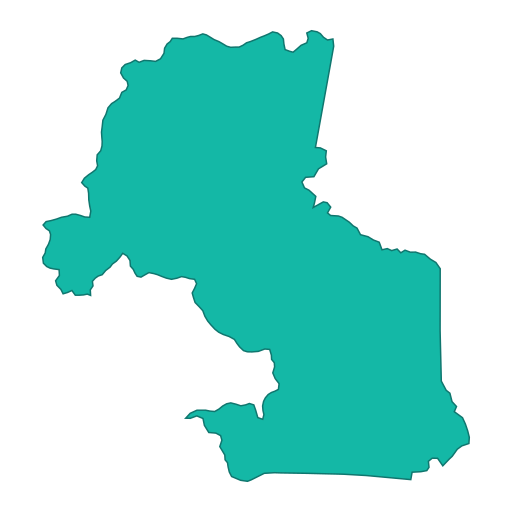 the district of Mantena, Minas Gerais, Brazil
{"feature_id": "56859067B95607372765312", "entity_name": "Mantena", "entity_type": "district", "adm_level": 2, "iso_a3": "BRA", "parent_name": "Brazil", "parent_adm1": "Minas Gerais", "projection": "robinson", "projection_center": [-41.115, -18.682], "detail": "fine", "context": "isolated", "style": "filled", "palette": "teal", "viewbox_px": 512, "rotation_deg": 0, "n_neighbors": 0, "source": "geoboundaries", "source_scale": "gbopen_adm2", "svg_char_len": 3720}
<svg xmlns="http://www.w3.org/2000/svg" viewBox="0 0 512 512"><path d="M119.9,257.2L122.7,253.3L127.0,255.9L130.0,260.5L130.4,266.1L133.3,269.4L135.0,273.1L137.1,276.3L141.0,277.1L144.8,274.9L148.9,272.6L153.9,273.6L157.6,274.7L161.7,276.4L166.3,278.1L171.5,279.3L176.9,278.2L181.5,276.6L185.5,277.3L189.5,278.6L194.6,279.3L196.6,283.7L194.6,288.3L192.2,293.0L193.5,297.6L195.1,302.5L198.9,306.4L202.8,310.7L204.9,316.3L207.7,321.0L211.0,325.0L214.9,329.2L218.7,332.2L223.3,334.5L229.1,336.5L234.4,339.4L237.0,343.5L239.6,346.9L243.5,350.6L247.3,351.8L251.9,351.9L258.3,351.4L264.8,349.0L269.7,349.4L271.4,355.2L271.6,359.4L274.3,362.7L274.6,366.9L272.8,372.9L275.2,378.6L279.1,383.7L278.4,389.4L274.9,391.2L271.4,392.5L268.2,394.5L265.4,397.8L263.6,401.3L262.6,406.0L263.0,410.6L263.9,414.6L262.7,419.3L257.8,417.6L255.6,410.0L253.8,404.9L249.4,403.5L245.6,404.9L240.8,405.8L236.0,404.2L230.8,402.9L226.6,403.8L222.7,406.0L218.9,409.1L214.7,411.5L210.0,411.1L205.6,410.2L202.0,410.2L197.0,410.2L190.2,413.3L185.7,418.2L190.3,418.3L196.8,415.9L203.0,418.5L204.4,425.4L208.8,432.5L215.8,433.1L220.6,435.6L221.9,440.2L219.8,446.6L224.8,455.0L225.1,459.8L227.5,462.7L228.1,466.9L229.3,472.0L231.6,476.5L240.6,480.3L247.5,481.3L251.1,479.9L264.3,473.3L274.5,472.7L280.8,472.9L306.8,473.3L326.9,473.8L335.7,474.0L343.3,474.2L366.1,475.5L410.8,479.6L412.1,472.2L420.9,471.7L426.8,470.6L429.0,467.3L428.4,461.3L432.2,458.2L437.6,458.3L442.8,465.8L449.3,459.0L452.2,456.3L457.3,449.2L461.8,445.9L468.9,443.5L469.3,437.3L467.7,430.9L465.4,424.1L462.5,417.7L454.3,411.7L456.5,406.5L452.0,401.6L449.9,393.2L446.2,390.3L441.3,381.1L440.1,330.7L440.2,268.7L435.9,262.5L430.4,259.2L424.6,254.3L420.5,253.7L415.6,252.1L410.4,252.2L405.0,250.2L400.8,252.8L397.1,249.0L391.7,250.6L387.3,248.6L382.0,249.8L379.2,242.2L373.4,240.0L368.0,236.7L360.5,234.7L357.0,228.1L353.2,225.9L349.3,222.2L342.1,217.3L338.4,216.0L330.6,215.5L327.5,212.9L330.7,207.1L327.1,202.7L323.3,201.9L313.2,207.5L314.4,203.3L315.8,196.4L309.0,190.2L304.5,187.9L301.9,182.0L305.6,177.3L313.9,176.7L318.5,168.8L326.7,163.8L325.6,157.0L326.3,150.8L320.3,147.9L315.4,147.5L317.1,138.2L329.8,67.9L333.7,46.2L332.9,39.0L327.5,40.0L323.5,37.3L320.3,33.6L317.1,31.8L311.5,30.7L306.8,33.0L308.2,38.3L306.8,42.8L301.1,45.3L296.8,49.1L293.1,52.2L289.7,51.3L285.1,49.6L283.9,44.0L283.4,39.0L281.1,35.6L277.6,33.0L272.6,31.9L268.8,33.9L264.4,35.8L260.5,37.3L255.4,39.6L250.3,41.6L246.5,42.8L243.1,45.2L239.1,47.1L235.2,47.1L230.6,47.3L226.7,46.2L222.4,43.6L218.9,41.6L214.1,39.6L209.9,37.0L206.4,34.9L202.8,33.9L198.6,35.5L194.7,36.5L190.5,36.5L187.1,37.4L183.0,38.9L177.3,38.3L172.3,38.3L170.2,41.6L167.1,44.0L164.6,48.2L164.0,53.3L160.5,58.8L155.6,61.4L150.6,60.8L144.1,60.4L139.1,62.3L135.2,60.1L130.6,62.7L125.2,64.5L121.8,67.9L120.7,72.9L123.5,78.0L127.2,81.3L128.1,85.5L126.2,89.9L121.8,92.4L119.5,98.1L114.8,101.6L111.6,103.6L108.0,107.8L105.9,114.4L102.9,120.2L102.2,126.6L101.5,132.1L101.8,136.8L102.2,141.6L102.0,146.0L100.7,150.8L97.2,154.8L96.7,160.8L97.6,165.8L95.7,169.6L92.4,172.2L88.7,174.7L84.4,178.2L81.7,182.6L84.8,186.1L87.8,188.1L88.6,193.3L88.8,199.8L89.7,206.0L90.8,211.1L89.7,217.3L84.8,217.0L80.5,215.5L75.7,214.2L72.1,214.2L67.5,216.2L61.4,217.3L56.4,219.1L51.0,220.6L46.1,221.6L43.1,225.0L46.0,228.5L49.4,230.8L50.6,234.5L50.2,239.5L48.5,244.2L45.8,249.0L45.2,253.0L42.7,257.4L43.4,263.2L46.7,266.5L50.0,268.1L53.7,268.9L59.1,269.6L59.4,275.5L55.6,280.8L56.9,285.3L60.9,289.4L63.1,293.8L67.5,292.5L71.9,290.5L75.3,295.2L79.0,295.2L83.5,294.9L87.3,294.1L90.6,295.4L90.3,289.9L93.0,285.9L92.4,281.3L95.3,278.1L98.3,276.0L102.2,274.7L105.7,270.5L110.1,267.1L112.4,264.0L116.3,261.2L119.9,257.2Z" fill="#14b8a6" stroke="#0f766e" stroke-width="1.5"/></svg>